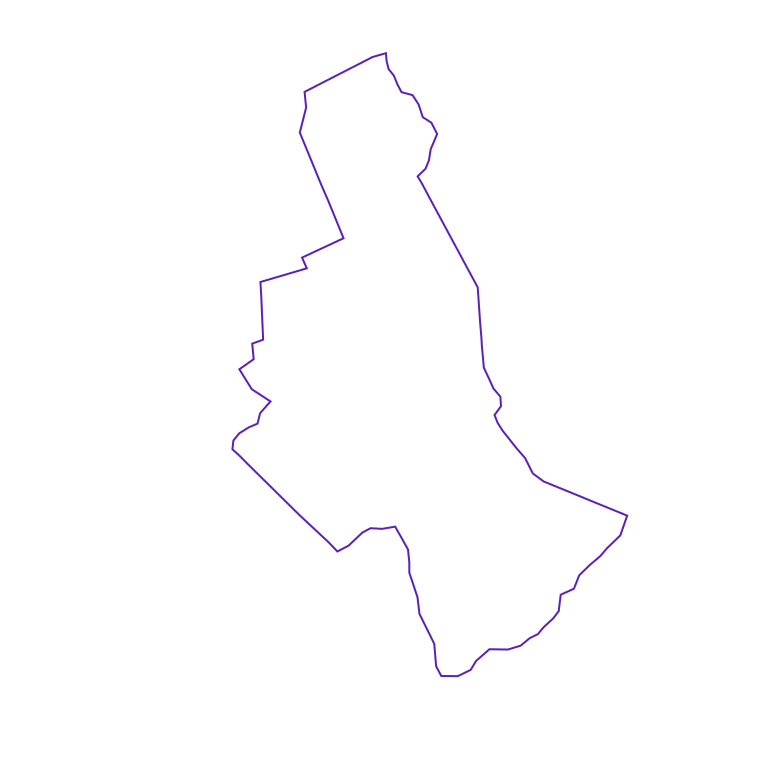 outline of Igrejinha, Rio Grande do Sul, Brazil, rotated 62°
{"feature_id": "56859067B34596545395874", "entity_name": "Igrejinha", "entity_type": "district", "adm_level": 2, "iso_a3": "BRA", "parent_name": "Brazil", "parent_adm1": "Rio Grande do Sul", "projection": "robinson", "projection_center": [-50.791, -29.565], "detail": "fine", "context": "isolated", "style": "outline", "palette": "violet", "viewbox_px": 768, "rotation_deg": 62, "n_neighbors": 0, "source": "geoboundaries", "source_scale": "gbopen_adm2", "svg_char_len": 1385}
<svg xmlns="http://www.w3.org/2000/svg" viewBox="0 0 768 768"><g transform="rotate(62 384 384)"><path d="M614.4,231.1L588.1,253.0L578.8,260.7L568.3,269.4L545.0,288.8L532.8,294.6L515.6,294.2L503.2,297.1L480.9,301.2L471.7,301.9L463.3,301.0L458.5,291.1L449.8,287.2L439.3,289.5L429.1,288.8L416.5,288.2L396.3,279.7L388.7,276.2L374.7,270.2L342.7,255.9L241.8,256.4L224.5,256.4L216.4,256.8L213.5,246.4L207.7,239.4L198.7,232.6L188.2,219.7L175.5,219.5L166.6,224.5L153.3,222.2L142.3,223.2L134.6,231.5L125.7,231.5L116.5,230.5L108.1,232.1L100.1,230.1L92.8,227.0L89.9,240.6L89.1,294.6L88.8,317.0L103.4,323.0L122.5,340.3L179.0,345.9L195.9,347.2L236.3,351.3L233.9,397.0L245.6,397.9L235.9,445.2L248.5,451.0L276.8,464.5L288.1,469.9L286.5,481.4L300.9,487.4L303.1,504.8L326.6,503.2L336.3,497.8L346.1,492.4L351.6,507.1L359.6,514.3L358.8,523.6L359.6,535.0L363.2,543.5L370.5,548.5L379.0,545.4L390.8,541.9L420.7,532.5L460.3,520.1L497.5,507.3L510.0,503.8L510.1,491.2L505.0,472.8L505.0,463.6L511.0,453.7L515.2,441.1L530.3,440.7L541.4,440.5L553.8,445.6L562.4,450.2L588.2,454.6L603.6,460.6L637.0,461.6L657.7,470.5L668.7,470.5L676.6,456.0L677.1,441.7L671.7,432.6L667.7,415.4L676.6,399.3L679.2,386.1L676.8,374.7L677.1,365.6L673.7,357.3L670.4,344.7L666.6,336.4L653.0,326.9L653.9,312.4L644.6,301.5L640.5,287.6L637.5,273.9L633.7,264.2L628.6,246.4L614.4,231.1Z" fill="none" stroke="#5b21b6" stroke-width="2"/></g></svg>